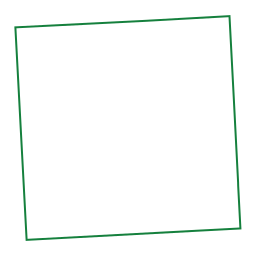 Barton, Kansas, United States of America, rotated 267°
{"feature_id": "52423323B76483711155183", "entity_name": "Barton", "entity_type": "district", "adm_level": 2, "iso_a3": "USA", "parent_name": "United States of America", "parent_adm1": "Kansas", "projection": "mercator", "projection_center": [-98.777, 38.479], "detail": "fine", "context": "isolated", "style": "outline", "palette": "green", "viewbox_px": 256, "rotation_deg": 267, "n_neighbors": 0, "source": "geoboundaries", "source_scale": "gbopen_adm2", "svg_char_len": 312}
<svg xmlns="http://www.w3.org/2000/svg" viewBox="0 0 256 256"><g transform="rotate(267 128 128)"><path d="M21.8,192.3L21.8,235.0L25.6,235.0L64.3,235.0L67.9,235.1L149.4,235.2L234.4,235.2L234.1,149.9L234.2,107.0L234.4,20.8L232.0,20.8L21.6,20.9L21.8,192.3Z" fill="none" stroke="#15803d" stroke-width="2"/></g></svg>